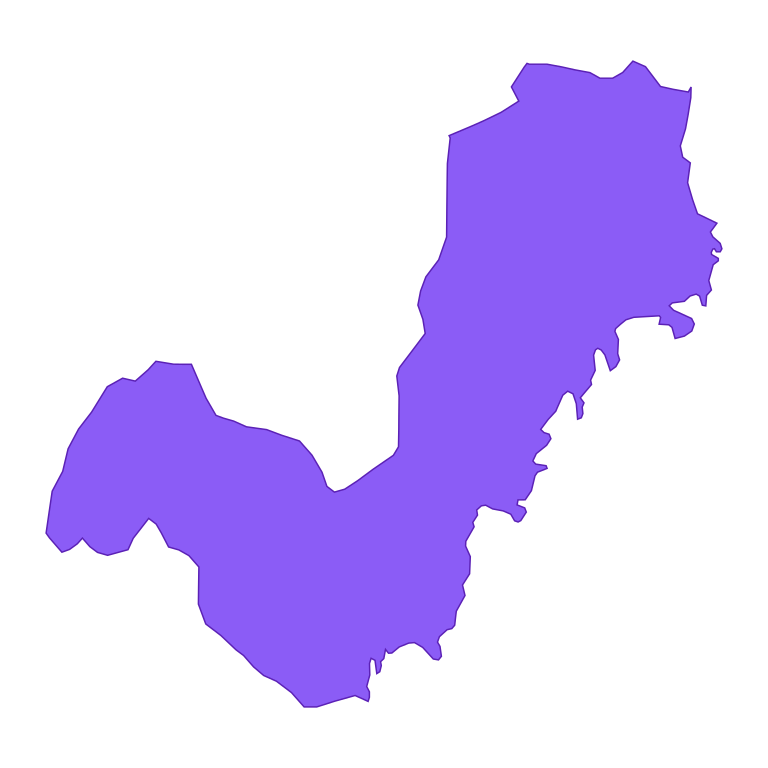 the district of Chongjin City, Hamgyŏng-bukto, North Korea
{"feature_id": "82179303B21659587132529", "entity_name": "Chongjin City", "entity_type": "district", "adm_level": 2, "iso_a3": "PRK", "parent_name": "North Korea", "parent_adm1": "Hamgyŏng-bukto", "projection": "orthographic", "projection_center": [129.876, 42.022], "detail": "fine", "context": "isolated", "style": "filled", "palette": "violet", "viewbox_px": 768, "rotation_deg": 0, "n_neighbors": 0, "source": "geoboundaries", "source_scale": "gbopen_adm2", "svg_char_len": 3159}
<svg xmlns="http://www.w3.org/2000/svg" viewBox="0 0 768 768"><path d="M527.0,63.4L524.2,67.1L511.4,86.9L518.8,101.1L501.0,112.4L483.2,121.0L470.5,126.6L449.1,135.6L450.2,138.0L447.4,163.5L447.2,177.6L446.9,206.0L446.6,237.1L438.7,259.8L425.9,276.8L420.6,291.0L417.9,305.1L422.9,319.3L425.2,333.5L412.4,350.5L399.5,367.5L396.8,376.0L399.1,395.8L398.9,415.6L398.8,429.8L398.5,446.8L393.4,455.3L372.9,469.4L357.5,480.8L344.7,489.2L334.4,492.1L326.9,486.4L322.0,472.2L312.0,455.2L299.5,441.0L281.8,435.3L266.6,429.6L246.4,426.8L233.7,421.1L223.6,418.2L216.0,415.4L206.1,398.3L201.2,387.0L191.4,364.3L188.8,364.3L183.8,364.3L173.6,364.2L155.9,361.3L148.1,369.8L135.3,381.1L122.6,378.2L107.3,386.7L91.6,412.1L78.6,429.0L68.1,448.8L62.7,471.4L52.2,491.2L49.3,511.0L46.1,533.1L49.5,537.9L61.9,552.2L69.6,549.4L77.3,543.8L82.4,538.1L89.9,546.7L97.5,552.4L107.6,555.3L117.8,552.5L128.0,549.7L133.2,538.3L148.7,518.4L156.2,524.1L161.2,532.7L168.6,547.0L178.8,549.9L188.9,555.6L198.9,567.0L198.6,587.0L198.4,604.1L205.1,622.2L205.8,624.0L220.9,635.5L236.0,649.8L243.6,655.5L253.6,666.9L263.7,675.5L276.4,681.2L291.5,692.6L304.1,706.9L316.8,706.9L334.7,701.2L355.1,695.5L368.1,701.4L369.4,697.3L369.4,691.8L366.7,686.5L369.8,675.0L369.5,663.4L371.1,658.3L375.0,660.3L376.8,673.6L379.8,671.7L381.3,665.6L380.6,661.7L383.8,658.6L385.5,649.4L388.5,653.2L391.9,653.0L399.3,646.9L408.7,643.1L414.5,642.6L422.7,647.4L433.3,659.0L438.5,659.9L441.4,656.3L440.0,646.4L437.5,642.1L439.4,636.7L447.1,629.7L451.8,628.6L454.7,625.2L455.6,617.0L456.3,611.2L465.0,595.5L462.5,585.0L469.6,573.8L470.3,556.6L465.6,546.1L465.8,541.3L474.1,526.8L472.8,522.4L477.5,515.1L476.7,510.0L481.4,505.8L485.7,505.2L489.6,507.3L492.6,508.9L503.2,510.9L510.8,514.2L514.6,520.8L518.1,522.0L520.8,520.6L526.3,512.1L524.7,507.9L517.1,504.9L518.0,499.9L525.2,499.8L531.4,490.7L535.0,475.8L537.5,472.2L547.1,468.4L546.1,465.7L535.7,464.1L532.9,461.0L533.2,460.2L536.3,453.6L546.6,445.3L550.9,438.7L549.1,434.2L544.0,432.6L540.7,429.4L548.2,419.4L555.8,411.2L556.9,408.5L562.8,395.2L567.7,391.2L573.0,393.8L576.3,403.7L577.6,419.2L581.3,417.8L582.9,413.6L582.2,407.1L584.0,402.9L580.3,397.8L583.3,394.2L591.5,384.5L590.6,380.1L595.2,370.4L593.6,355.1L595.5,349.8L597.8,348.3L601.2,350.0L604.9,354.9L610.3,370.7L615.9,366.6L619.6,359.9L617.7,353.7L618.4,339.4L614.9,331.4L615.6,328.6L620.3,324.4L625.9,319.8L633.8,317.3L659.3,315.8L660.6,317.4L659.1,324.2L668.8,324.8L672.0,327.4L674.8,337.4L675.1,338.5L684.4,336.1L691.8,331.0L694.3,324.0L691.6,318.5L673.6,310.3L669.2,305.8L672.3,302.9L684.4,301.3L690.1,296.0L696.2,294.1L699.6,296.1L702.3,305.2L705.8,305.9L706.6,295.4L711.4,290.0L709.6,283.5L708.8,280.5L713.2,264.7L718.3,260.8L718.3,258.4L711.6,254.5L711.3,252.3L712.8,249.1L714.5,248.7L716.4,251.8L720.2,251.8L721.9,248.8L720.2,243.4L712.8,236.8L710.4,232.0L716.9,223.2L697.5,213.8L692.6,199.7L687.6,182.7L690.3,162.9L682.7,157.2L680.3,145.9L685.5,128.9L688.1,114.7L690.8,97.7L691.1,87.0L688.3,92.0L673.1,89.3L660.5,86.5L645.5,66.7L632.9,61.1L622.7,72.5L612.6,78.2L599.9,78.2L589.9,72.6L574.7,69.8L562.1,67.0L547.0,64.2L529.3,64.2L527.0,63.4Z" fill="#8b5cf6" stroke="#5b21b6" stroke-width="1.5"/></svg>